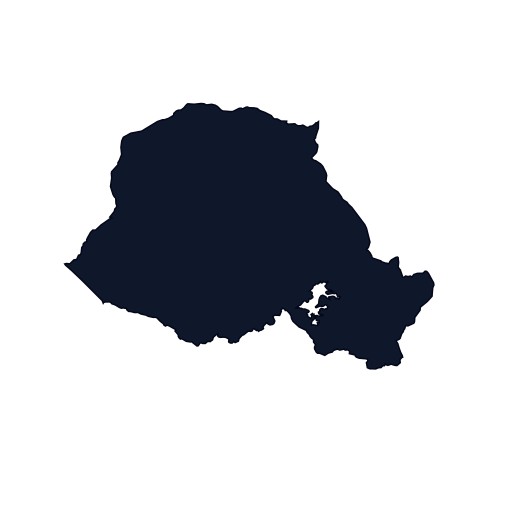 outline of Kyerwa, Kagera, United Republic of Tanzania, rotated 314°
{"feature_id": "72390352B12398012816015", "entity_name": "Kyerwa", "entity_type": "district", "adm_level": 2, "iso_a3": "TZA", "parent_name": "United Republic of Tanzania", "parent_adm1": "Kagera", "projection": "robinson", "projection_center": [30.816, -1.299], "detail": "fine", "context": "isolated", "style": "filled", "palette": "ink", "viewbox_px": 512, "rotation_deg": 314, "n_neighbors": 0, "source": "geoboundaries", "source_scale": "gbopen_adm2", "svg_char_len": 6152}
<svg xmlns="http://www.w3.org/2000/svg" viewBox="0 0 512 512"><g transform="rotate(314 256 256)"><path d="M396.1,207.6L394.2,207.3L393.4,206.6L391.7,206.7L388.7,206.2L386.7,204.6L385.1,204.4L383.8,203.2L382.9,199.3L382.4,198.5L381.3,198.1L379.0,196.0L378.3,194.2L378.1,192.1L373.4,187.8L372.6,185.7L374.3,184.4L370.5,180.3L369.4,176.2L367.3,173.9L367.2,172.2L367.6,169.5L365.5,162.8L363.3,157.7L363.0,154.4L361.2,151.7L358.1,148.4L357.2,146.3L356.0,145.4L352.6,144.2L352.0,142.6L350.5,141.3L344.7,139.3L343.4,138.6L342.0,137.1L337.2,131.3L336.7,129.2L336.8,124.7L336.2,122.0L334.4,118.8L330.6,115.7L330.0,115.0L329.5,113.0L327.6,110.6L322.2,106.1L318.1,101.2L316.7,100.9L312.1,101.2L308.8,100.6L306.9,98.8L305.0,98.0L301.6,97.8L299.9,99.0L294.3,97.5L290.3,95.4L289.2,94.2L284.3,91.7L266.4,87.0L257.3,80.6L249.2,78.1L245.5,79.5L240.4,83.3L235.7,88.8L230.1,91.2L227.2,91.9L225.8,93.3L216.4,93.6L215.0,94.5L211.9,98.0L204.9,103.1L200.9,110.5L200.2,112.8L200.1,115.0L196.5,118.8L195.6,120.7L194.1,121.8L191.7,121.8L189.6,123.1L182.4,123.8L183.2,125.9L181.1,125.0L170.9,123.0L163.1,122.6L161.3,120.6L158.0,120.6L152.6,122.0L150.2,122.8L148.6,124.2L147.0,123.3L144.8,123.3L142.9,124.7L141.2,124.7L136.5,128.3L134.7,128.7L133.3,127.8L128.9,129.4L126.7,127.7L121.0,127.5L118.9,124.8L117.4,123.9L117.1,125.3L117.5,133.9L117.6,148.7L117.1,176.4L115.9,178.9L116.9,178.7L118.6,179.8L121.2,182.5L121.7,183.7L121.5,185.4L123.1,188.9L124.1,193.5L124.9,195.4L126.3,196.4L128.2,199.1L127.5,201.0L127.7,202.9L129.0,204.4L131.1,208.1L133.4,210.3L134.4,213.6L137.1,218.0L137.8,220.4L140.6,224.9L142.2,226.4L142.7,227.7L142.5,232.0L142.9,236.7L142.3,238.0L142.8,239.6L144.4,239.9L145.4,242.1L147.3,249.5L145.8,249.9L145.3,254.7L144.1,256.1L143.7,257.5L143.7,259.3L145.0,260.2L146.2,265.1L148.6,268.5L149.6,269.2L150.3,276.1L151.4,276.8L154.4,276.2L155.4,276.8L156.0,278.3L157.9,280.3L160.7,280.5L161.9,281.5L162.5,282.5L165.5,283.0L167.7,281.8L169.1,281.8L172.4,282.2L173.4,282.9L171.9,283.9L171.8,285.2L172.6,286.7L175.5,289.4L176.5,291.0L177.2,293.1L177.3,294.5L175.6,295.6L175.1,296.6L175.7,298.1L176.8,299.3L179.0,299.4L179.2,301.1L181.3,302.0L182.5,302.5L184.8,301.2L189.4,301.1L190.8,301.9L195.8,302.5L197.0,303.0L198.2,304.7L199.4,305.2L202.2,304.5L202.8,308.2L203.6,308.6L203.7,310.3L205.0,310.3L206.2,311.2L208.1,311.8L209.1,311.7L209.4,310.6L211.3,310.0L215.4,310.0L215.5,312.0L216.1,313.9L218.4,315.5L220.1,315.7L222.3,314.7L223.9,310.7L224.5,310.1L226.6,310.7L229.7,314.3L233.8,312.7L234.4,311.5L237.1,311.5L237.7,314.2L237.1,314.8L238.3,316.2L238.0,320.1L237.3,322.9L235.7,325.0L234.7,328.0L234.9,336.3L237.4,343.8L236.6,346.1L236.6,348.8L235.8,350.6L235.6,352.9L235.9,354.8L235.3,356.1L234.1,357.1L233.5,360.5L231.1,361.4L229.9,362.6L228.7,366.2L228.8,367.7L230.4,369.6L232.3,374.5L236.3,375.4L239.9,377.6L242.0,377.4L244.3,378.5L245.7,379.5L246.6,381.7L250.2,384.0L250.2,385.3L250.9,386.2L252.0,386.5L252.6,389.5L250.6,391.0L253.7,396.1L253.0,397.0L253.0,398.6L254.1,401.1L258.5,406.6L259.2,408.1L258.3,409.4L256.0,409.5L253.0,413.7L253.8,416.0L258.0,420.6L260.3,421.5L262.7,423.5L265.1,423.4L266.3,424.6L268.3,424.2L268.3,425.5L269.0,426.8L271.0,427.9L271.8,427.9L273.8,431.8L275.1,433.5L279.4,433.9L281.4,431.6L284.6,431.4L285.0,431.8L286.0,430.4L287.2,426.9L288.9,423.4L291.6,418.6L292.0,416.2L293.1,415.8L295.4,416.8L296.8,416.9L301.3,414.8L303.9,414.5L305.4,413.6L306.7,413.6L308.4,412.7L310.1,412.4L310.8,412.7L311.2,413.8L317.3,416.2L318.8,415.7L322.1,412.9L330.9,411.7L333.3,409.8L342.1,410.8L349.3,410.6L355.9,405.2L358.8,404.1L360.1,402.3L363.3,392.1L363.5,389.5L362.8,388.4L362.2,388.1L360.2,388.2L359.2,387.7L355.6,384.1L352.3,382.4L349.3,382.8L348.8,380.9L346.9,379.8L345.5,377.5L343.4,377.2L342.9,376.8L342.9,376.0L346.2,369.5L346.7,366.0L350.3,363.2L353.6,359.3L353.5,358.5L352.1,357.5L347.2,356.1L344.8,356.2L343.0,356.8L342.2,356.6L341.9,355.3L341.0,354.4L339.2,350.5L339.2,349.1L335.3,340.9L336.4,339.2L337.5,335.9L337.8,332.8L337.3,331.2L337.5,330.8L339.4,331.0L340.9,330.6L345.2,328.3L352.7,316.2L354.1,312.5L357.5,291.2L357.4,286.3L357.9,284.4L357.0,279.6L357.1,278.2L357.8,276.5L359.0,270.5L357.7,264.4L358.1,255.2L358.3,254.4L363.1,250.8L364.5,248.5L366.9,241.7L367.1,238.5L366.1,233.1L365.0,230.9L364.9,228.9L365.4,227.7L371.5,227.7L373.2,227.3L377.6,224.5L378.9,222.9L378.6,221.4L379.4,218.5L380.6,216.8L382.3,216.8L383.8,215.7L391.1,212.2L396.1,207.6ZM272.2,319.0L274.7,317.8L275.8,318.6L277.3,318.4L278.1,319.0L278.6,319.8L279.6,320.1L280.7,320.2L282.2,319.7L282.6,320.2L282.2,320.5L282.0,321.6L282.5,322.2L284.4,322.4L285.5,324.5L287.8,325.1L287.6,325.9L285.3,325.8L284.2,326.6L282.7,326.4L282.1,326.8L281.7,329.9L282.1,331.3L283.6,333.4L284.0,336.0L283.6,335.9L280.9,332.1L279.8,331.5L278.8,331.3L278.1,331.7L277.9,332.5L278.3,334.3L282.1,336.8L283.4,338.6L285.0,339.7L283.7,342.6L284.3,344.0L285.0,344.0L285.3,344.6L285.0,345.2L282.7,345.6L282.9,345.0L282.3,344.6L282.4,343.8L282.0,343.3L280.6,343.3L281.3,341.2L281.1,340.3L280.4,339.2L277.2,336.8L276.7,337.0L276.0,339.1L274.9,335.9L275.2,334.6L274.2,331.3L272.6,330.4L270.3,330.8L268.4,331.7L265.1,334.3L260.8,334.1L260.4,334.7L260.8,335.3L264.4,336.8L265.8,338.7L267.0,339.4L268.8,339.6L269.5,340.1L269.5,342.9L268.8,343.3L267.0,343.5L266.1,342.6L264.9,342.5L264.7,341.0L263.6,339.3L261.6,339.3L260.4,340.3L259.0,339.9L258.3,340.9L258.1,341.7L260.0,344.6L259.8,345.4L256.0,342.6L255.6,341.2L253.7,339.8L253.2,340.0L253.1,342.0L251.7,344.0L252.0,345.0L253.3,346.0L253.3,346.7L251.9,347.8L251.6,346.8L250.7,346.3L249.3,348.7L248.3,348.1L246.3,345.0L244.8,344.0L246.5,342.3L247.9,341.6L251.9,341.6L252.6,341.0L252.9,339.4L254.3,338.3L253.9,338.1L253.9,336.5L252.0,336.3L251.8,337.7L249.7,338.9L248.8,338.7L249.0,337.9L248.4,335.4L248.8,334.6L249.5,334.2L249.5,333.1L250.2,332.2L252.2,332.9L253.0,332.7L253.3,331.7L251.8,327.9L250.8,327.2L249.7,324.7L248.5,323.5L248.8,323.0L248.6,322.2L247.6,322.0L246.5,320.9L250.5,321.5L251.8,322.1L257.1,321.7L258.0,322.6L258.1,324.8L258.5,325.2L259.6,325.4L261.5,324.2L262.2,324.2L262.9,325.2L265.5,325.7L266.3,325.1L267.0,322.8L268.3,322.3L268.7,321.5L268.0,318.9L272.2,319.0Z" fill="#0f172a" stroke="#020617" stroke-width="1.5"/></g></svg>